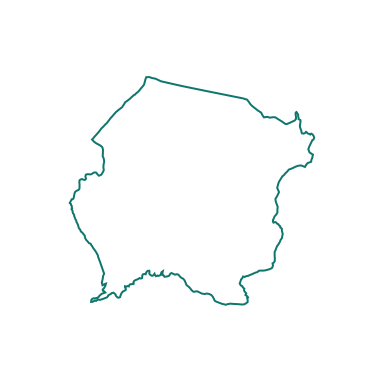 Ratau, Maseru, Lesotho, rotated 339°
{"feature_id": "5366337B91346461785811", "entity_name": "Ratau", "entity_type": "district", "adm_level": 2, "iso_a3": "LSO", "parent_name": "Lesotho", "parent_adm1": "Maseru", "projection": "orthographic", "projection_center": [27.776, -29.38], "detail": "fine", "context": "isolated", "style": "outline", "palette": "teal", "viewbox_px": 384, "rotation_deg": 339, "n_neighbors": 0, "source": "geoboundaries", "source_scale": "gbopen_adm2", "svg_char_len": 5830}
<svg xmlns="http://www.w3.org/2000/svg" viewBox="0 0 384 384"><g transform="rotate(339 192 192)"><path d="M200.5,315.6L201.9,315.4L202.9,315.2L204.5,314.7L205.4,312.3L205.5,310.6L206.5,310.5L206.3,309.3L205.0,307.3L206.3,306.1L205.4,303.6L205.4,302.1L206.2,301.0L205.2,299.0L205.3,298.0L204.2,296.9L203.9,295.8L203.7,294.6L204.9,293.2L206.6,291.1L207.9,290.6L208.1,290.4L209.4,289.2L210.6,290.2L211.4,290.1L212.6,290.0L214.3,290.4L215.4,290.3L219.0,290.2L222.5,290.0L224.1,290.2L225.1,289.9L226.4,289.5L227.7,289.9L228.8,290.3L230.5,291.0L231.4,291.2L232.8,291.5L234.2,291.6L235.9,291.8L238.2,291.8L239.7,291.5L241.3,289.6L241.6,287.5L243.1,287.2L244.6,286.0L245.3,284.3L245.7,283.2L245.9,282.4L246.6,280.3L247.6,277.7L248.4,276.9L249.2,276.1L249.9,275.3L251.9,273.1L253.2,272.3L254.0,271.8L254.7,271.2L256.2,270.0L257.5,268.5L259.5,267.2L260.4,265.6L261.7,263.6L261.7,263.2L262.0,260.6L262.7,258.4L261.7,256.7L262.1,255.7L261.2,254.2L261.1,253.1L260.0,251.9L259.7,250.7L258.7,249.8L257.1,249.8L256.9,248.7L257.6,247.1L258.4,246.5L259.6,245.1L260.5,244.3L261.9,243.6L263.3,242.7L264.5,241.6L265.3,239.3L265.9,238.0L266.7,236.6L266.7,234.3L266.8,230.7L267.5,228.2L269.6,226.7L273.2,223.3L273.0,218.7L273.8,217.6L275.2,215.6L276.8,213.7L280.2,211.1L282.0,209.7L283.7,209.3L284.7,208.7L285.9,208.0L288.1,207.1L288.4,206.9L290.4,205.8L294.5,205.8L295.4,205.7L297.0,205.5L300.3,205.5L303.2,206.2L306.5,209.1L308.5,207.4L310.5,206.4L312.5,206.5L314.1,206.5L314.8,205.0L316.5,203.2L318.3,200.5L315.9,197.2L315.9,193.8L316.5,193.1L317.7,191.7L318.9,190.5L323.0,186.7L324.2,186.6L325.6,185.0L325.6,183.0L325.1,181.3L324.1,180.2L322.9,180.7L322.4,179.9L321.7,179.4L320.9,178.7L320.6,177.6L320.0,176.7L319.1,177.2L318.4,177.5L317.2,177.5L315.7,176.7L315.6,175.7L316.0,173.9L316.0,172.5L316.1,169.8L316.9,167.9L317.5,167.0L318.3,165.7L319.0,163.8L317.6,162.1L318.1,160.9L318.2,159.5L318.8,157.8L318.2,154.8L317.3,155.0L316.5,156.6L316.2,158.3L315.8,159.8L315.0,161.3L313.4,162.1L311.2,162.2L307.4,162.5L304.9,162.5L303.7,162.1L301.3,158.5L298.3,154.6L296.6,152.2L294.5,151.2L291.3,150.5L289.2,148.8L285.9,148.1L285.3,145.7L285.0,142.7L282.5,139.2L279.7,134.5L278.2,131.7L277.3,128.1L276.5,125.5L273.2,122.9L242.7,103.6L221.1,89.8L210.3,82.6L202.7,77.5L198.6,73.2L195.4,71.2L193.5,69.5L190.4,68.4L188.8,70.3L186.0,74.2L184.8,75.2L183.3,76.0L180.6,77.5L177.8,79.1L175.1,79.9L173.7,80.7L172.8,80.6L169.5,81.8L167.5,82.7L163.8,83.8L161.9,84.2L159.9,85.8L158.0,87.1L157.2,87.8L156.3,88.0L155.2,88.4L152.9,89.0L151.7,89.5L149.7,90.1L146.9,91.6L142.6,93.8L137.4,97.0L134.3,98.3L132.9,99.1L131.8,99.5L130.0,100.3L127.2,102.1L123.7,104.0L121.0,105.3L119.0,106.5L117.5,107.2L118.0,108.5L118.7,110.2L120.1,112.3L121.7,114.1L123.3,116.1L124.1,117.6L124.3,119.0L124.0,120.7L122.1,125.3L121.5,126.3L121.5,127.5L121.6,128.8L121.1,131.6L120.5,132.9L119.5,134.3L118.5,136.3L118.1,137.3L117.5,139.9L116.3,141.2L114.7,142.5L113.5,143.3L112.1,143.5L110.9,143.4L110.0,141.3L109.5,139.6L108.6,139.0L107.4,138.7L105.1,139.2L104.0,139.3L102.8,138.9L101.4,138.1L100.1,137.8L99.0,137.9L98.0,139.3L98.0,140.2L97.8,141.6L96.9,142.2L96.1,142.3L95.1,141.6L94.0,140.5L93.2,140.4L91.6,140.6L90.9,141.2L90.3,142.6L89.6,145.0L88.7,147.2L88.0,148.7L87.1,149.3L84.3,149.6L83.5,149.8L82.5,150.4L81.4,151.9L80.4,153.5L79.6,154.8L78.9,155.7L77.9,156.0L77.1,155.7L73.9,158.5L74.7,159.9L74.4,160.8L74.8,162.0L74.3,163.0L74.2,164.5L73.4,164.8L73.6,165.8L73.7,167.1L73.3,168.3L73.3,169.3L73.8,171.0L73.4,172.2L73.4,173.8L73.4,175.9L73.7,177.1L73.4,178.9L73.7,180.1L73.7,181.3L73.7,182.7L73.4,185.0L74.1,187.1L74.1,189.1L75.0,190.5L75.3,191.5L75.8,193.0L76.2,194.3L75.9,195.6L75.8,197.5L76.1,199.0L76.8,200.6L77.5,202.8L78.8,204.0L79.0,205.5L79.4,207.0L79.6,208.5L79.9,209.9L80.6,212.2L81.0,214.3L81.4,217.1L81.1,219.2L81.1,221.2L81.1,223.6L80.7,236.7L78.9,238.6L78.1,240.0L77.3,241.4L75.3,244.3L75.0,247.0L75.4,247.0L76.9,246.7L78.8,246.7L77.6,248.4L75.8,249.9L74.9,250.6L73.7,251.0L73.4,252.1L74.0,252.7L74.7,253.9L75.0,254.8L73.2,254.7L72.0,254.7L71.1,254.7L69.5,255.3L68.4,255.7L67.1,256.6L66.1,256.7L65.3,256.8L63.6,256.6L63.2,256.5L62.9,256.4L62.1,256.0L61.6,256.0L60.6,256.0L59.7,256.5L59.2,257.0L58.4,258.4L59.8,258.9L60.3,258.8L61.4,258.7L62.7,258.7L63.5,259.3L65.6,258.7L67.5,259.7L69.7,259.9L70.8,259.9L72.4,259.9L74.2,259.9L74.7,259.9L75.1,259.7L76.1,259.3L76.9,258.4L78.4,258.2L79.8,258.1L80.7,257.6L81.7,257.8L82.6,257.8L83.2,258.9L83.9,260.1L83.7,261.2L84.0,262.2L84.5,263.3L85.1,264.2L86.0,264.4L87.1,264.4L87.7,263.7L88.1,263.1L88.7,262.4L89.5,261.6L90.4,260.9L91.7,260.2L91.9,260.1L93.5,260.0L95.0,259.7L95.5,258.9L95.3,257.0L95.7,256.0L96.8,256.9L98.3,256.7L99.2,257.5L99.8,256.7L101.1,256.0L102.5,256.3L103.9,256.9L104.8,256.7L104.9,255.4L105.7,254.5L107.3,254.0L108.8,254.0L110.7,254.0L112.1,253.5L113.3,254.5L114.5,254.5L115.1,253.5L115.6,252.2L116.6,251.3L117.6,251.4L118.5,251.6L119.2,252.2L120.4,250.7L122.3,249.7L123.9,250.2L123.7,251.4L123.0,252.4L123.0,253.8L123.8,255.0L124.6,255.9L125.9,256.0L127.7,254.9L127.6,255.9L128.1,257.7L129.8,257.6L130.5,258.3L132.2,258.3L133.2,258.0L133.9,256.9L134.9,255.9L136.4,255.5L135.4,257.1L135.0,258.1L134.7,259.0L135.6,259.6L135.9,261.3L137.1,261.6L138.5,261.9L139.9,262.0L140.8,261.9L142.5,260.5L143.8,260.3L144.9,261.4L146.5,263.1L148.3,263.3L149.6,264.2L150.8,267.5L151.8,268.9L152.7,269.8L153.4,271.9L153.5,273.8L153.5,276.7L154.3,278.3L155.1,279.5L155.8,281.2L156.3,283.1L157.0,284.7L157.1,285.0L158.1,285.9L160.7,286.3L161.9,287.2L163.2,288.6L164.7,290.3L167.3,291.8L169.5,292.1L171.4,293.3L173.0,294.9L173.9,297.1L174.1,299.5L174.2,300.1L174.2,301.6L175.1,302.8L177.4,304.9L179.0,306.3L180.0,307.2L180.9,307.8L183.2,309.4L184.5,309.4L186.1,309.7L187.5,309.9L189.5,310.8L191.1,311.6L192.8,312.3L193.5,312.7L195.1,313.3L195.8,313.7L198.0,314.8L200.5,315.6Z" fill="none" stroke="#0f766e" stroke-width="2"/></g></svg>